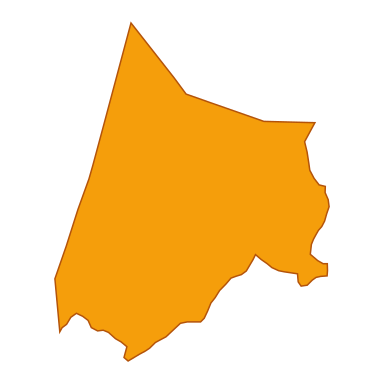 Caiçara do Rio do Vento, Rio Grande do Norte, Brazil
{"feature_id": "56859067B37257607261932", "entity_name": "Caiçara do Rio do Vento", "entity_type": "district", "adm_level": 2, "iso_a3": "BRA", "parent_name": "Brazil", "parent_adm1": "Rio Grande do Norte", "projection": "natural_earth1", "projection_center": [-36.002, -5.757], "detail": "fine", "context": "isolated", "style": "filled", "palette": "amber", "viewbox_px": 384, "rotation_deg": 0, "n_neighbors": 0, "source": "geoboundaries", "source_scale": "gbopen_adm2", "svg_char_len": 1158}
<svg xmlns="http://www.w3.org/2000/svg" viewBox="0 0 384 384"><path d="M314.9,122.7L263.9,121.4L210.2,102.6L186.1,94.1L174.2,78.0L134.4,27.3L131.0,23.0L103.3,126.6L92.8,165.5L89.0,178.8L78.0,209.3L66.3,246.0L54.9,278.8L59.8,331.8L62.1,327.7L66.6,324.3L70.8,317.3L76.4,313.3L82.7,316.3L88.1,320.4L91.3,327.6L97.6,330.9L103.2,330.2L108.5,332.4L115.5,338.7L121.1,341.9L126.9,346.7L124.0,357.5L128.1,361.0L134.8,357.0L139.3,354.3L145.4,351.0L149.6,348.2L155.4,342.5L159.6,340.2L166.0,336.8L180.4,323.3L187.3,321.9L200.6,321.9L204.2,318.3L207.5,311.3L210.9,303.0L215.1,297.7L219.6,290.5L225.8,284.2L231.0,278.1L236.2,276.2L241.4,274.6L246.3,271.0L253.0,259.7L255.5,254.6L261.2,259.5L267.2,263.7L271.9,267.6L278.7,270.7L284.2,271.8L297.5,273.8L298.2,281.9L301.1,286.1L307.2,285.2L312.3,280.1L316.1,277.4L320.6,276.4L327.1,275.9L327.5,270.7L327.3,263.7L323.1,263.7L317.7,260.6L310.3,254.3L311.4,244.4L313.5,239.2L315.9,234.8L318.4,230.4L321.8,226.5L324.6,221.1L326.7,213.7L329.1,206.7L328.2,199.7L325.1,192.6L325.3,186.4L319.1,184.9L314.1,178.4L309.8,170.3L308.9,163.8L307.1,152.1L304.6,141.7L314.9,122.7Z" fill="#f59e0b" stroke="#b45309" stroke-width="1.5"/></svg>